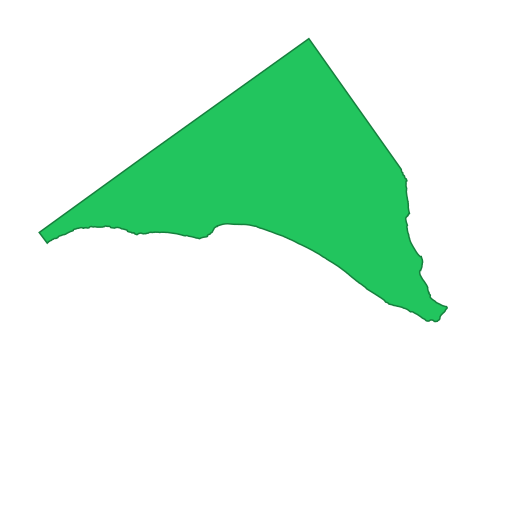 Rawson, Chubut, Argentina, rotated 57°
{"feature_id": "61730980B86456825396626", "entity_name": "Rawson", "entity_type": "district", "adm_level": 2, "iso_a3": "ARG", "parent_name": "Argentina", "parent_adm1": "Chubut", "projection": "orthographic", "projection_center": [-64.868, -43.298], "detail": "fine", "context": "isolated", "style": "filled", "palette": "green", "viewbox_px": 512, "rotation_deg": 57, "n_neighbors": 0, "source": "geoboundaries", "source_scale": "gbopen_adm2", "svg_char_len": 5911}
<svg xmlns="http://www.w3.org/2000/svg" viewBox="0 0 512 512"><g transform="rotate(57 256 256)"><path d="M118.2,425.0L131.5,424.1L131.4,423.8L131.4,423.1L131.3,422.7L131.0,422.3L131.2,421.5L131.1,420.5L131.4,419.3L131.4,418.8L131.2,418.2L131.3,417.6L131.5,417.0L131.4,415.9L131.7,415.1L132.3,414.3L132.5,413.5L132.6,412.1L132.2,411.3L132.1,410.1L132.3,409.3L132.5,409.0L132.7,408.3L132.9,407.4L132.9,406.6L133.2,405.9L133.5,405.6L134.0,403.7L134.0,402.3L134.4,398.5L135.0,396.2L135.1,395.4L134.8,395.2L134.5,394.8L134.5,394.4L134.6,393.7L134.8,393.2L135.2,392.4L135.3,391.4L135.4,391.0L136.0,389.9L136.2,389.1L136.8,387.4L137.6,386.3L138.5,385.9L138.8,385.5L138.6,385.1L138.7,384.7L139.0,384.3L139.3,384.2L139.3,383.8L139.6,383.1L139.8,382.8L140.5,382.5L141.4,380.8L141.4,380.7L141.2,380.4L141.1,379.7L141.1,379.2L141.3,378.6L141.7,377.8L142.2,377.6L142.5,377.3L142.7,376.9L143.3,376.3L143.4,375.6L143.5,375.3L143.9,375.0L144.4,374.3L145.1,373.7L147.3,370.3L148.1,369.0L148.4,368.2L148.4,367.7L148.8,367.2L148.7,366.4L148.8,366.1L149.2,365.4L149.6,365.2L150.0,364.7L150.6,364.0L150.9,363.3L151.2,362.9L151.5,362.6L152.2,362.3L152.9,362.4L153.3,362.1L155.7,359.2L155.6,358.6L155.6,358.3L156.2,357.4L156.4,356.8L157.5,355.6L158.4,354.7L160.0,353.9L160.9,352.8L163.5,350.5L164.2,350.1L164.7,350.1L165.4,350.3L166.7,349.3L168.0,347.9L168.6,347.6L168.9,347.6L169.0,347.4L169.3,347.1L169.3,346.9L169.5,346.7L169.7,346.3L169.9,346.4L170.0,346.3L170.0,345.9L170.4,345.5L171.4,345.6L172.0,345.2L173.3,344.2L173.3,343.2L173.2,342.2L173.8,340.8L173.9,340.3L174.4,339.7L174.9,339.3L175.1,339.3L175.3,339.1L176.1,338.3L176.8,336.8L177.3,336.3L177.5,335.0L178.1,334.1L178.1,332.9L178.3,332.3L178.6,331.9L178.6,331.6L178.9,331.0L179.6,330.5L179.8,330.2L180.3,329.0L180.8,328.3L180.8,327.8L181.5,327.0L182.7,325.1L183.8,324.0L184.5,322.4L186.2,319.9L187.3,318.5L187.9,317.5L192.3,312.5L194.2,310.3L197.6,307.1L199.0,305.9L199.3,305.7L200.3,304.6L200.6,304.3L200.7,303.6L201.0,303.1L201.5,302.5L202.8,301.6L204.5,299.7L207.2,297.2L208.3,296.4L209.3,295.1L210.7,294.0L210.8,293.5L210.9,292.3L211.2,291.2L211.7,289.7L212.9,287.1L213.1,286.3L213.1,286.1L212.9,285.8L212.5,285.7L212.3,285.5L212.2,285.1L212.2,284.0L212.4,283.3L212.6,283.0L212.6,282.8L212.1,281.1L212.2,280.2L212.0,279.4L211.3,278.5L210.7,277.1L209.9,275.9L209.7,274.6L209.8,274.1L209.7,273.0L209.8,272.6L210.1,272.5L210.1,272.4L209.7,272.2L209.6,271.9L210.0,271.4L210.3,269.9L211.3,266.5L212.3,264.3L213.5,262.2L217.4,257.2L220.3,252.9L221.9,250.6L222.4,249.7L224.1,247.3L226.4,244.6L230.4,240.7L230.8,240.0L231.6,239.4L232.8,238.8L233.6,238.1L234.5,237.6L236.2,236.0L240.1,233.0L242.7,231.1L243.7,230.2L248.5,226.8L254.0,222.5L256.2,221.2L256.5,220.9L257.3,220.4L259.0,219.4L259.4,219.0L260.3,218.6L261.6,217.6L264.6,215.8L269.0,213.4L271.0,212.0L275.5,209.3L282.7,205.2L284.6,204.3L289.1,201.9L293.1,200.3L295.2,199.1L296.6,198.5L297.2,198.4L298.5,197.7L299.7,197.2L303.1,195.5L309.1,192.8L310.5,192.2L310.9,192.2L311.8,191.7L312.9,191.4L313.2,191.2L314.3,190.9L315.7,190.3L319.2,189.1L319.5,189.1L321.6,188.3L323.4,187.9L324.4,187.5L325.6,187.2L330.3,185.6L331.2,185.4L333.5,184.5L334.4,184.3L336.9,183.1L340.6,181.8L341.4,181.4L342.0,181.4L342.5,181.2L343.9,181.0L353.3,176.6L354.3,176.2L355.6,175.5L356.1,175.4L359.3,173.9L362.6,172.6L364.3,172.4L365.1,172.4L365.5,172.2L366.7,171.1L367.4,170.9L368.9,170.6L369.3,170.0L370.4,169.1L370.9,168.4L371.8,167.9L372.4,167.5L373.7,166.0L375.3,164.6L376.1,163.7L378.6,161.4L380.1,160.6L381.2,159.5L383.2,158.2L385.0,157.5L386.1,157.2L387.1,156.7L387.6,155.6L387.9,155.2L388.4,154.9L389.9,154.2L390.2,154.0L390.7,153.8L392.7,152.6L396.5,151.0L398.6,150.3L399.9,149.6L401.0,148.9L402.7,148.6L403.1,148.4L403.8,147.8L404.7,146.5L404.8,146.0L404.7,145.4L404.7,144.7L405.0,144.0L405.4,143.4L405.9,142.9L406.7,142.3L408.0,142.1L408.5,141.3L408.8,141.1L409.0,140.5L409.3,139.9L409.4,139.7L409.5,139.5L409.2,138.5L409.3,137.5L409.2,136.7L408.4,135.7L407.4,134.9L406.9,134.2L406.3,132.7L405.7,129.9L405.6,128.9L405.1,127.3L404.2,126.0L404.1,125.0L403.7,124.0L403.5,123.9L403.2,123.8L402.2,123.8L402.0,124.0L401.6,124.7L400.9,125.1L400.6,125.5L399.7,126.2L398.6,127.0L396.7,128.0L393.3,130.1L391.4,130.5L389.9,131.2L388.0,131.9L385.7,132.4L385.3,132.3L384.5,131.8L384.1,131.3L383.8,131.2L383.2,131.1L382.2,131.4L380.9,131.3L380.8,131.2L381.2,131.0L381.2,130.9L378.6,130.6L378.2,130.4L376.3,129.5L375.9,129.1L375.0,129.0L374.5,128.9L373.9,128.9L373.5,128.8L371.6,128.8L369.0,128.8L366.2,129.0L362.9,128.8L361.0,128.6L359.7,128.1L358.6,127.5L357.8,126.9L357.5,126.2L357.8,125.8L357.3,125.4L356.8,124.4L355.8,123.3L355.6,122.9L354.0,121.7L353.6,121.2L352.5,120.4L352.2,119.9L351.7,119.5L351.0,119.2L350.5,118.9L349.2,118.4L348.1,118.3L347.6,118.0L347.1,118.0L346.5,117.7L346.3,118.2L346.0,118.4L345.9,118.6L345.3,118.7L344.4,119.0L342.4,119.3L339.8,119.4L333.7,119.2L329.6,118.9L327.7,118.6L325.5,118.0L325.0,117.8L324.8,117.6L324.2,117.6L323.6,117.4L322.9,117.2L322.6,116.9L321.7,116.7L321.4,116.4L318.6,115.8L318.3,115.6L316.5,114.9L315.8,114.4L314.5,114.0L313.4,113.4L312.7,112.5L312.7,112.3L309.4,111.5L306.7,110.4L305.6,109.6L305.4,109.3L305.3,108.7L305.1,108.4L305.1,107.6L304.9,107.4L304.7,106.9L304.4,106.5L304.4,106.0L304.5,106.0L304.3,105.7L303.8,105.1L304.0,104.8L304.0,104.5L304.0,104.2L302.7,103.7L301.9,103.5L300.5,102.9L298.1,101.8L296.4,100.6L295.3,100.1L295.2,99.9L293.7,99.3L293.4,98.9L293.2,98.9L292.8,98.8L291.8,98.5L289.4,97.4L287.8,96.8L283.9,94.9L283.1,94.3L282.8,93.9L281.9,93.4L281.6,93.0L281.0,92.7L280.4,92.6L279.0,92.1L276.7,90.5L275.8,90.0L275.1,89.4L275.1,89.1L275.2,88.8L274.9,88.7L274.8,88.4L274.4,88.5L274.0,88.2L273.2,88.0L272.8,88.3L272.2,88.6L271.6,88.5L270.9,88.5L270.6,88.2L269.9,88.1L269.6,87.9L268.8,88.2L268.3,88.2L268.0,88.5L267.4,88.3L266.2,87.6L265.1,88.0L263.7,87.6L262.5,87.0L262.2,87.0L102.5,93.3L111.2,287.1L118.2,425.0Z" fill="#22c55e" stroke="#15803d" stroke-width="1.5"/></g></svg>